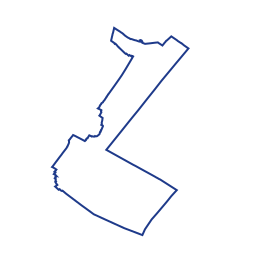 Bloemendaal, Noord-Holland, Netherlands, rotated 195°
{"feature_id": "6326949B9558089239087", "entity_name": "Bloemendaal", "entity_type": "district", "adm_level": 2, "iso_a3": "NLD", "parent_name": "Netherlands", "parent_adm1": "Noord-Holland", "projection": "natural_earth1", "projection_center": [4.603, 52.374], "detail": "fine", "context": "isolated", "style": "outline", "palette": "blue", "viewbox_px": 256, "rotation_deg": 195, "n_neighbors": 0, "source": "geoboundaries", "source_scale": "gbopen_adm2", "svg_char_len": 4937}
<svg xmlns="http://www.w3.org/2000/svg" viewBox="0 0 256 256"><g transform="rotate(195 128 128)"><path d="M109.9,227.7L111.4,225.3L112.9,223.0L113.3,222.4L113.6,222.2L114.1,221.1L114.1,220.9L114.2,220.7L114.8,219.6L115.3,218.4L116.1,216.6L121.0,218.2L121.3,218.4L124.7,217.1L128.6,215.5L133.3,213.7L136.3,214.0L136.8,214.5L136.4,214.9L136.7,215.3L137.3,215.9L137.8,215.9L138.2,216.2L138.3,216.2L138.6,216.2L138.8,216.0L139.0,215.9L138.9,215.8L138.7,215.8L138.5,215.0L138.6,214.5L140.0,214.4L142.1,214.6L142.8,214.7L143.6,214.6L144.1,214.6L144.7,214.6L147.4,214.8L147.7,214.8L148.4,214.7L148.5,214.6L149.1,214.7L149.2,214.8L149.4,214.8L149.9,215.0L151.5,215.3L152.1,215.5L152.7,215.7L154.6,216.4L154.9,216.5L155.4,216.8L155.5,216.9L155.7,217.0L156.4,217.2L156.6,217.3L156.8,217.6L157.0,217.7L157.6,217.9L158.3,218.2L159.3,218.5L159.7,218.6L159.9,218.7L160.1,218.8L160.9,219.1L163.6,219.9L167.3,221.1L167.3,220.8L167.2,219.3L167.1,216.0L167.2,215.0L167.2,214.6L167.2,214.3L167.1,213.9L167.1,212.3L167.0,210.2L167.0,208.8L166.9,207.9L166.6,207.8L165.4,207.3L165.1,207.2L164.7,207.1L164.3,206.9L164.1,206.9L163.7,206.7L163.3,206.5L162.9,206.1L162.5,205.8L162.0,206.2L161.3,205.8L161.2,205.7L160.7,205.4L160.2,205.1L159.0,204.2L158.7,204.0L158.6,203.9L158.2,203.9L157.8,203.6L157.4,203.2L157.0,203.1L156.4,202.8L156.3,202.7L150.1,199.3L149.2,199.0L148.9,199.4L148.1,199.1L146.8,198.4L146.0,198.0L145.5,198.6L145.4,198.8L143.5,198.2L143.4,198.4L143.2,198.7L142.6,198.6L142.3,198.7L141.6,198.5L141.7,198.2L142.3,195.8L145.6,184.1L147.6,177.5L149.0,173.5L151.9,165.6L155.9,155.0L156.0,155.0L156.1,154.5L156.1,154.4L156.3,153.9L156.5,153.4L156.7,152.8L156.6,152.7L156.7,152.4L157.0,151.9L157.1,151.5L157.1,151.3L157.4,150.4L157.6,150.0L157.6,149.9L157.9,149.1L157.9,148.9L157.9,148.7L158.0,148.5L158.3,148.1L158.7,147.3L158.8,146.8L158.9,146.5L158.9,146.3L159.0,146.2L159.2,145.9L159.6,145.6L160.1,144.9L160.2,144.7L160.1,144.2L160.2,143.9L160.6,143.2L160.9,142.7L160.9,142.4L161.0,142.1L160.9,141.8L160.9,141.6L161.0,141.3L161.0,141.2L161.3,140.4L161.7,139.8L161.9,139.4L162.1,139.1L158.5,138.4L158.3,138.3L158.4,137.8L158.5,137.7L158.5,137.4L158.4,137.2L158.3,136.9L158.2,136.8L157.9,136.5L157.8,136.4L158.0,135.4L158.1,135.1L158.3,134.3L158.4,133.8L158.6,133.1L158.6,132.9L158.8,132.5L155.1,131.1L155.0,130.0L154.8,128.5L154.8,128.1L154.8,127.3L154.8,126.7L154.8,126.4L154.4,125.3L154.3,125.0L154.4,124.6L154.5,124.5L154.6,124.1L153.1,123.8L152.9,123.7L152.7,123.3L152.7,123.1L153.0,121.0L153.4,118.0L153.6,118.1L153.6,117.5L153.7,116.8L154.0,116.7L154.0,116.1L153.9,115.0L153.9,114.9L154.2,114.3L154.3,114.1L155.4,112.6L155.7,112.2L155.8,112.1L156.9,111.6L157.0,111.6L157.7,111.7L157.8,111.7L157.9,111.3L157.9,111.2L158.0,111.1L158.3,111.0L158.7,110.9L159.1,110.8L159.5,110.8L160.7,110.7L160.8,110.7L160.9,110.4L163.2,110.9L163.4,110.9L163.5,110.9L163.9,109.7L164.3,108.3L164.3,107.9L164.4,107.5L164.5,107.4L165.0,107.4L165.3,106.9L165.7,105.9L165.9,105.2L165.7,105.1L166.3,104.2L169.2,104.9L172.7,105.7L174.7,106.1L175.9,106.4L177.9,106.8L179.2,107.0L179.4,106.4L179.6,105.9L179.8,105.5L180.0,105.2L180.2,104.6L180.3,104.3L180.5,104.0L180.8,103.2L181.2,102.3L181.2,102.1L181.3,102.0L181.4,101.9L181.5,101.5L181.9,101.0L182.0,100.8L181.9,100.7L181.7,100.3L181.6,100.0L181.2,98.9L181.2,98.7L181.2,98.0L181.3,97.1L181.6,95.4L181.7,94.4L181.9,94.3L182.0,93.6L182.1,93.1L182.3,92.5L182.5,92.0L184.3,87.7L184.8,86.5L184.9,86.2L185.3,85.1L186.7,81.8L188.2,78.0L188.2,77.9L188.5,77.4L188.8,76.6L190.4,72.5L190.6,72.0L191.2,70.7L190.5,70.6L188.7,70.1L188.0,69.9L186.4,69.3L186.8,68.5L186.8,68.4L186.7,68.4L186.7,68.2L187.4,66.9L187.6,67.0L187.8,66.6L187.5,66.4L187.4,66.3L186.6,66.0L186.9,65.5L187.1,65.4L187.2,64.8L187.4,64.9L187.7,64.3L187.2,64.2L186.8,64.1L186.1,63.9L185.9,63.9L185.7,63.7L184.9,63.2L185.0,63.2L184.9,63.0L185.0,62.9L184.8,62.8L185.0,62.6L185.0,62.4L185.1,62.5L185.1,62.1L185.4,62.1L185.5,62.0L185.3,61.0L185.3,60.9L185.6,60.8L185.7,60.6L185.1,60.4L185.0,60.1L184.8,59.8L184.6,59.9L184.4,59.4L184.6,59.2L184.2,58.1L183.9,58.0L183.7,57.8L184.0,57.5L184.3,57.1L183.9,56.7L183.6,56.5L182.6,55.4L182.2,55.3L181.5,54.7L182.3,53.7L182.6,53.3L182.7,52.8L182.8,52.8L183.0,52.8L183.2,52.6L179.0,50.4L178.2,51.2L177.5,50.7L177.2,50.6L176.4,50.2L176.2,50.1L175.9,50.1L175.7,50.1L175.4,50.1L175.0,50.5L173.9,50.0L171.4,48.8L170.5,48.4L170.0,48.2L152.7,41.2L148.2,39.5L138.7,35.8L127.5,33.9L105.9,30.3L86.4,28.3L85.4,34.5L83.3,40.6L81.5,45.8L77.9,53.1L74.6,60.1L71.4,66.9L68.6,73.3L66.8,76.8L64.8,80.6L83.7,86.6L85.0,86.8L87.0,87.4L87.4,87.4L89.1,87.9L92.7,88.8L98.4,90.2L100.9,90.8L103.7,91.5L111.0,93.3L113.4,93.8L143.3,101.3L133.9,122.6L128.7,134.5L126.7,139.0L125.4,141.9L122.8,147.6L117.6,159.7L117.0,161.1L112.0,172.5L111.8,173.0L107.9,182.2L97.8,204.2L97.5,204.8L90.2,220.5L91.6,221.0L94.3,222.0L95.2,222.3L98.2,223.7L98.3,223.6L102.6,225.0L102.8,225.1L103.3,225.4L109.9,227.7Z" fill="none" stroke="#1e3a8a" stroke-width="2"/></g></svg>